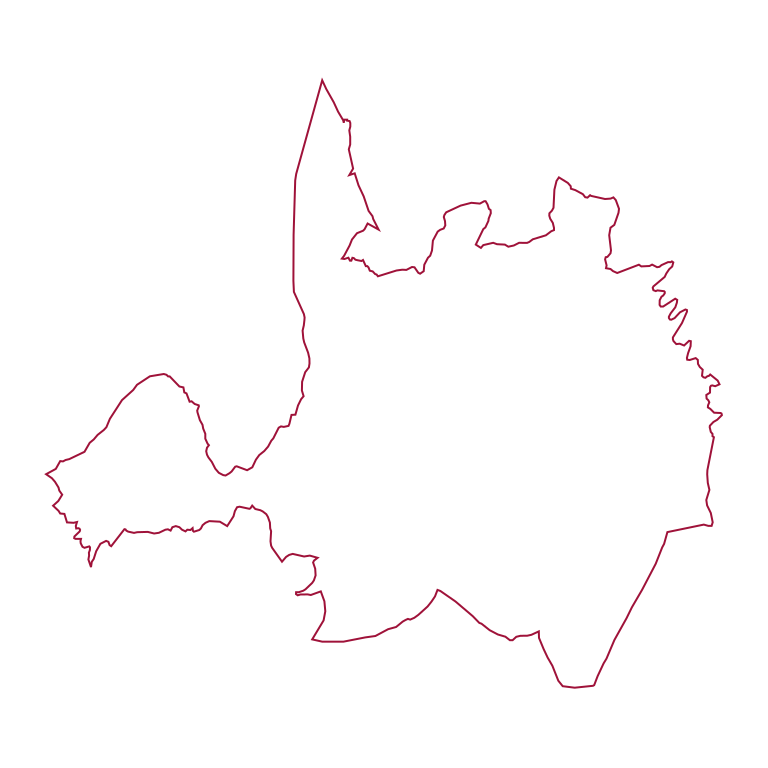 the district of Atlahuilco, Veracruz, Mexico
{"feature_id": "50627088B44010048169487", "entity_name": "Atlahuilco", "entity_type": "district", "adm_level": 2, "iso_a3": "MEX", "parent_name": "Mexico", "parent_adm1": "Veracruz", "projection": "equal_earth", "projection_center": [-97.121, 18.686], "detail": "fine", "context": "isolated", "style": "outline", "palette": "rose", "viewbox_px": 768, "rotation_deg": 0, "n_neighbors": 0, "source": "geoboundaries", "source_scale": "gbopen_adm2", "svg_char_len": 6078}
<svg xmlns="http://www.w3.org/2000/svg" viewBox="0 0 768 768"><path d="M638.9,264.7L617.2,273.0L613.0,271.1L610.5,269.0L606.0,268.2L606.6,265.4L605.1,259.4L605.7,257.2L607.4,256.9L610.5,253.3L611.0,250.4L609.2,235.2L610.5,227.7L614.3,224.9L618.5,212.8L619.0,208.8L615.8,200.1L613.4,197.4L610.6,198.6L605.0,199.0L591.1,195.9L590.1,195.2L587.5,197.6L585.2,197.2L582.9,194.2L575.3,190.1L570.9,188.7L570.7,186.2L567.8,182.9L558.9,177.4L556.5,181.0L554.4,189.7L553.5,207.8L551.9,210.7L549.4,213.3L549.3,215.7L550.2,218.7L552.8,222.9L554.0,227.9L554.0,230.1L551.3,231.2L545.9,235.3L532.8,239.3L529.2,242.0L527.0,242.9L519.1,242.8L513.8,245.5L508.3,246.7L504.9,244.6L497.0,244.2L493.2,242.8L483.3,245.1L480.9,247.9L475.8,244.6L483.3,229.1L485.4,227.4L488.4,220.9L488.7,218.6L490.8,213.2L490.6,210.1L488.9,208.8L487.5,204.4L485.6,201.2L484.2,201.2L479.9,203.6L471.4,202.8L460.6,205.6L446.2,212.3L444.4,215.0L443.8,217.0L445.0,221.1L445.3,225.4L443.7,228.5L440.2,229.8L437.7,231.6L432.9,240.6L432.0,250.5L430.2,255.7L428.0,257.7L424.3,264.7L423.7,271.2L420.1,273.7L418.3,272.8L414.5,267.3L412.0,267.0L406.4,269.9L402.3,269.7L396.5,270.5L377.9,276.3L376.6,274.5L375.2,274.1L372.7,271.4L369.8,270.7L368.5,267.4L367.3,266.1L365.8,266.1L363.0,260.0L361.5,261.0L357.4,260.2L355.4,259.7L353.8,258.1L352.4,257.8L351.3,260.7L350.0,260.7L348.4,257.7L344.4,259.0L341.9,258.6L344.1,255.8L349.6,245.5L352.0,239.5L357.0,233.2L363.1,230.7L364.6,229.2L367.6,223.5L378.6,229.6L373.2,219.0L372.5,216.2L368.6,210.9L363.7,196.4L358.5,185.3L354.7,173.3L349.3,175.1L353.1,168.6L348.8,149.3L350.2,144.5L350.2,136.7L349.3,130.4L350.3,126.6L350.3,123.0L349.6,121.1L347.0,120.6L347.1,119.7L344.2,119.7L343.8,122.8L343.2,120.3L338.1,111.7L333.7,102.2L326.3,89.1L322.2,80.3L296.2,173.9L295.2,180.5L293.6,234.6L293.4,280.8L293.9,291.9L303.9,314.1L304.6,317.5L304.4,320.3L303.8,325.5L302.6,330.6L303.3,338.5L304.2,342.4L308.1,352.7L309.4,358.4L309.5,363.5L308.9,367.4L305.2,372.2L302.1,381.8L301.9,390.5L303.6,396.2L301.1,399.2L298.0,405.5L295.4,414.7L291.5,414.9L289.4,423.8L288.5,425.9L283.8,426.9L281.0,426.4L278.7,427.7L273.3,438.4L271.3,440.7L268.1,446.6L264.2,451.1L259.3,455.0L255.9,459.7L252.3,467.3L247.1,470.2L236.7,466.3L235.2,466.7L231.6,471.5L229.5,473.2L225.6,475.5L223.2,475.1L218.8,472.8L215.3,468.7L211.8,461.9L208.4,457.4L207.0,454.7L206.2,451.2L207.0,447.7L208.9,445.2L207.6,443.7L205.3,438.7L205.3,433.8L203.2,428.6L202.5,424.8L199.9,420.2L197.5,412.4L197.2,410.6L198.9,406.3L198.7,405.3L194.7,404.0L191.6,401.3L189.6,401.7L186.5,393.4L184.3,392.4L183.4,387.4L179.4,386.5L169.7,376.4L168.1,376.4L166.5,374.8L163.8,374.0L149.9,376.3L137.0,384.8L133.2,390.0L122.0,400.1L109.9,418.8L106.4,427.2L103.8,430.0L97.6,434.9L93.8,439.4L89.7,442.8L84.5,451.8L69.3,459.1L65.6,460.0L63.0,461.4L60.2,461.1L55.8,468.9L46.1,474.2L51.9,478.2L55.0,481.8L58.5,487.5L59.3,490.6L62.2,494.7L58.3,501.0L53.1,505.7L58.6,510.9L60.2,513.5L64.4,513.9L67.0,522.4L73.6,522.8L77.0,522.0L75.8,526.0L76.2,528.5L78.4,528.2L79.5,528.7L80.1,529.9L79.7,531.4L74.4,536.5L74.2,538.2L75.6,538.9L81.0,538.9L80.5,541.0L80.7,543.2L82.5,546.8L84.5,547.8L89.3,546.4L90.0,547.3L89.9,550.0L88.9,552.7L89.1,555.5L88.4,559.5L91.0,567.1L91.8,561.8L93.7,559.0L96.2,551.2L100.4,543.8L106.1,540.9L108.4,541.8L109.6,545.1L111.2,546.2L124.4,529.2L125.5,529.4L126.3,530.6L128.1,531.6L134.0,532.9L137.2,532.2L147.8,531.9L154.1,533.5L158.9,532.8L165.4,529.7L167.9,529.3L170.6,530.6L172.4,527.2L175.8,526.1L179.4,527.2L182.0,529.7L185.5,531.4L187.3,529.7L190.4,530.0L192.6,528.1L192.9,530.8L193.9,531.7L199.3,530.0L200.9,528.5L202.6,525.2L205.5,522.8L209.3,521.1L219.9,521.7L227.2,526.1L233.5,516.3L234.9,511.1L237.1,507.2L239.6,506.7L249.4,508.8L250.4,508.3L252.2,505.6L255.3,509.0L260.3,510.2L262.7,511.4L266.3,514.2L267.9,516.9L269.9,522.6L270.2,528.4L271.1,531.2L270.5,541.3L271.1,545.6L272.2,547.9L282.0,561.7L286.1,556.9L289.2,554.9L292.7,553.9L304.1,556.5L309.8,555.6L317.6,557.8L314.0,560.6L313.1,562.5L315.2,568.7L315.6,575.4L313.9,580.4L312.2,582.9L305.5,589.3L303.3,590.7L298.8,592.2L296.1,592.2L296.0,594.1L297.7,595.3L300.4,594.5L307.7,594.4L310.8,595.0L320.8,591.4L324.4,601.3L325.3,611.3L323.6,620.4L312.2,639.4L322.4,641.7L343.3,641.7L365.3,637.4L375.4,636.0L388.1,629.2L396.1,627.0L402.7,621.6L405.5,620.0L407.9,618.9L410.2,619.6L414.3,617.8L418.3,614.9L427.6,606.5L431.5,601.6L435.0,596.4L437.5,589.9L440.4,591.0L455.5,601.5L472.8,616.2L479.3,622.9L481.5,623.7L489.7,630.2L497.9,634.5L505.4,636.7L509.9,640.2L512.6,640.2L516.3,636.8L520.4,635.8L527.3,635.7L531.4,634.8L538.8,631.4L539.0,637.9L543.6,649.0L547.6,657.5L552.4,665.8L558.3,680.7L562.7,686.2L574.7,687.7L593.0,685.8L594.2,685.1L597.6,676.2L603.6,663.4L606.5,658.6L614.4,640.0L626.6,618.1L631.9,607.3L642.1,589.8L655.7,563.8L662.2,547.4L664.1,543.9L667.4,532.1L703.8,524.6L708.4,525.9L711.6,525.9L712.7,522.3L710.8,513.0L707.1,505.4L706.3,500.0L709.4,489.9L707.8,482.9L707.2,474.3L707.4,470.1L713.9,437.2L712.5,436.2L712.5,433.9L710.8,431.9L709.7,427.2L709.9,425.7L713.4,422.0L717.3,419.7L721.9,415.1L721.5,413.5L720.6,413.0L714.1,412.7L710.3,408.9L707.9,407.4L708.0,405.4L709.3,402.3L708.3,400.2L706.6,398.6L706.3,395.0L710.0,392.6L710.1,387.1L710.9,385.8L712.2,385.4L715.2,386.2L719.5,384.3L717.7,380.6L710.2,374.5L709.0,375.8L707.3,376.3L705.4,377.8L703.5,377.3L702.0,375.8L702.7,369.7L699.8,367.0L698.0,363.9L697.8,359.9L695.7,358.1L689.7,360.0L687.2,359.7L686.9,358.0L688.1,353.1L690.6,346.2L690.8,341.2L689.1,340.8L684.1,345.5L679.7,343.7L676.3,344.1L673.5,341.1L672.9,339.3L672.9,337.4L682.0,323.0L687.0,311.6L686.9,310.0L685.4,309.5L680.0,312.3L674.6,318.1L671.3,319.7L669.9,319.5L668.9,318.0L668.9,316.7L670.7,313.3L675.3,307.3L676.9,302.6L677.2,299.9L675.2,298.7L663.2,306.5L660.7,306.5L659.6,304.9L659.7,300.2L661.5,296.7L663.2,295.5L664.7,293.4L664.8,292.0L664.1,291.2L657.4,290.4L655.8,291.1L653.4,290.2L652.7,287.8L653.4,286.4L664.7,276.9L666.3,273.5L669.2,269.2L672.2,266.5L673.3,262.4L671.9,261.4L670.7,262.2L668.1,262.1L661.5,265.1L659.5,266.8L657.1,267.2L652.1,264.6L649.5,266.0L641.3,266.4L638.9,264.7Z" fill="none" stroke="#9f1239" stroke-width="2"/></svg>